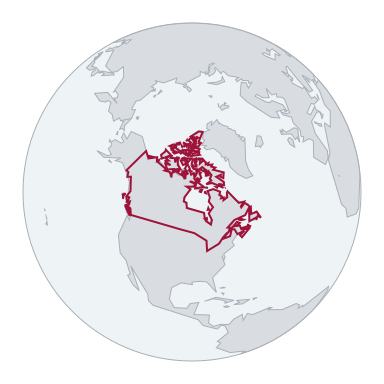 globe centered on Canada
{"feature_id": "CAN", "entity_name": "Canada", "entity_type": "country or territory", "adm_level": 0, "iso_a3": "CAN", "parent_name": "North America", "parent_adm1": "", "projection": "orthographic", "projection_center": [-89.555, 62.395], "detail": "fine", "context": "on_globe", "style": "outline", "palette": "rose", "viewbox_px": 384, "rotation_deg": 0, "n_neighbors": 0, "source": "natural_earth", "source_scale": "50m", "svg_char_len": 16025}
<svg xmlns="http://www.w3.org/2000/svg" viewBox="0 0 384 384"><circle cx="192" cy="192" r="169" fill="#eef3f6" stroke="#a8b0b8"/><path d="M240.7,353.8L244.8,351.4L242.1,351.2L230.3,352.6L216.3,347.7L220.7,343.0L217.3,341.5L228.3,332.6L225.0,325.9L221.0,325.5L217.3,329.0L203.3,325.6L197.9,319.6L153.3,305.4L148.4,300.6L147.8,294.1L130.8,265.9L139.2,290.6L133.0,284.8L127.6,275.2L130.2,274.1L126.1,260.4L120.2,253.1L118.4,235.0L127.2,215.3L129.3,220.1L131.2,215.0L128.6,208.8L126.5,205.9L129.4,181.9L122.6,162.7L115.4,160.6L121.0,158.1L103.9,157.3L96.9,150.6L107.9,155.8L111.4,154.5L108.3,148.6L111.2,146.1L111.4,141.9L115.2,139.6L121.3,143.1L123.9,141.7L121.5,137.6L123.8,132.9L126.9,139.0L131.2,131.5L142.3,136.5L147.5,155.8L156.8,157.3L170.5,174.1L172.4,170.7L178.8,175.3L183.3,173.3L184.5,177.2L187.1,172.2L185.1,169.0L185.5,165.8L188.0,164.4L190.0,169.1L189.1,170.5L191.0,171.1L190.9,174.1L192.4,171.8L194.5,177.8L196.1,169.9L200.9,173.0L201.3,177.5L196.4,179.6L185.3,196.2L184.2,201.8L187.6,207.5L204.2,212.6L205.1,218.0L209.7,223.5L211.5,219.2L208.5,213.5L213.0,207.1L208.8,201.1L210.0,197.8L207.6,190.8L213.2,189.3L219.9,191.6L222.2,197.4L225.2,198.6L227.3,191.1L235.6,200.3L248.2,203.7L249.8,206.5L245.2,215.1L234.5,219.9L228.6,232.1L237.7,221.7L241.5,229.3L244.4,229.5L247.3,227.8L247.9,224.0L250.3,226.2L242.2,237.1L239.9,235.2L242.5,231.7L237.5,234.1L232.0,242.0L234.3,245.4L223.6,254.3L225.1,257.0L223.7,260.5L221.9,255.6L224.9,264.8L212.6,277.6L216.4,292.4L206.9,282.0L200.0,281.3L191.9,282.1L192.4,284.6L181.0,282.9L171.6,287.7L169.4,299.0L174.3,307.6L186.8,308.3L190.0,303.7L198.9,302.4L193.8,314.6L209.4,315.0L208.6,323.1L213.3,326.4L220.9,324.3L228.8,324.6L233.9,319.1L242.4,314.4L243.2,320.4L247.4,313.4L252.5,314.7L269.1,307.7L268.0,309.7L282.1,309.6L296.3,303.5L299.6,305.0L298.0,308.3L302.7,305.4L302.8,306.7L320.5,292.9L328.6,286.4L327.7,290.3L319.7,301.7L313.5,309.4L304.7,317.9L295.2,325.8L285.2,332.9L274.7,339.4L263.7,345.0L252.4,349.8L240.7,353.8ZM45.8,223.9L46.9,221.3L47.4,224.9L45.8,223.9ZM46.8,218.4L46.5,219.6L46.6,218.3L46.8,218.4ZM46.3,216.6L46.6,217.9L46.1,216.7L46.3,216.6ZM45.5,214.5L46.0,215.6L45.9,215.5L45.5,214.5ZM216.1,297.3L234.0,300.3L224.5,303.3L226.2,301.7L221.5,299.9L213.1,298.8L204.5,301.3L216.1,297.3ZM44.8,210.5L44.6,209.5L45.2,210.2L44.8,210.5ZM222.7,288.1L219.7,288.1L222.6,287.5L222.7,288.1ZM125.0,205.1L128.3,209.0L129.5,215.6L126.5,212.7L125.0,205.1ZM123.2,192.7L125.5,193.6L123.2,198.8L122.6,196.6L123.2,192.7ZM109.6,159.9L111.6,162.9L108.6,160.9L109.6,159.9ZM110.7,141.8L109.2,141.8L109.9,139.6L110.7,141.8ZM204.7,192.2L206.1,191.6L205.8,193.2L204.7,192.2ZM202.3,189.9L200.9,192.2L199.6,191.5L200.4,190.1L202.3,189.9ZM116.4,134.1L118.1,130.8L117.4,134.7L116.4,134.1ZM204.3,187.2L197.4,189.9L195.1,188.6L196.4,182.0L204.3,187.2ZM119.7,129.2L123.6,121.3L120.5,120.6L131.4,118.5L124.5,125.8L124.2,130.7L122.3,128.4L119.7,129.2ZM183.4,168.6L185.6,171.9L181.4,170.6L183.4,168.6ZM180.6,168.6L167.1,169.3L165.0,163.8L169.9,164.6L165.4,158.8L171.0,155.8L174.8,158.3L175.0,162.4L177.0,158.1L180.6,168.6ZM136.7,118.8L138.6,117.5L137.8,119.5L136.7,118.8ZM185.4,164.4L182.8,165.0L180.8,160.3L185.6,158.3L184.7,160.5L185.4,164.4ZM161.5,158.9L160.8,155.1L165.2,151.6L165.5,149.7L171.0,155.2L161.5,158.9ZM186.4,160.8L188.0,157.5L191.2,158.4L187.7,163.6L186.4,160.8ZM178.3,159.9L177.6,157.6L179.6,158.2L178.3,159.9ZM203.5,160.2L200.5,160.8L199.2,158.4L203.5,160.2ZM188.4,156.2L187.3,155.9L186.4,155.0L188.1,153.1L188.4,156.2ZM173.7,152.4L175.6,151.8L171.7,150.0L174.8,147.4L177.8,151.6L177.8,148.7L178.8,147.9L180.2,152.3L173.7,152.4ZM187.3,148.7L192.3,153.4L198.1,152.7L199.4,154.8L189.8,155.5L187.3,148.7ZM183.0,150.4L186.0,149.8L186.1,152.6L184.2,154.8L183.0,150.4ZM175.8,144.2L170.2,147.0L169.7,146.0L175.8,144.2ZM189.0,147.9L187.7,146.8L189.4,147.5L189.0,147.9ZM179.8,144.6L177.9,145.7L177.4,144.6L179.8,144.6ZM186.9,143.7L188.5,145.2L187.2,146.7L186.9,143.7ZM183.6,143.7L183.4,141.8L185.8,146.3L182.8,144.4L183.6,143.7ZM179.7,143.3L178.7,143.0L180.5,143.0L179.7,143.3ZM190.7,137.3L194.0,142.7L191.2,145.9L188.4,140.3L190.7,137.3ZM255.2,35.3L275.0,44.9L276.0,45.8L280.3,48.3L285.8,52.4L286.6,54.0L290.8,57.2L288.4,53.3L283.6,50.1L276.8,46.1L277.3,46.1L275.8,45.3L285.8,51.5L295.4,58.4L304.5,65.9L313.0,74.1L315.3,80.9L313.3,79.7L313.2,79.7L316.8,82.5L316.3,84.3L318.1,80.3L319.8,81.5L319.0,80.6L327.5,91.0L335.0,102.1L341.7,113.7L347.5,125.8L352.2,138.3L356.0,151.2L358.7,164.3L358.7,164.6L359.7,172.0L359.6,173.4L359.8,177.6L358.7,207.9L356.0,213.9L347.3,217.0L345.9,208.3L341.6,204.4L328.3,159.7L330.0,152.5L324.6,125.8L324.8,122.9L330.3,127.1L330.3,111.2L324.4,104.3L319.5,90.6L313.0,81.2L302.1,75.1L312.6,90.4L309.5,92.1L297.2,78.9L287.3,66.4L285.8,66.7L288.0,74.1L281.5,71.0L288.2,76.8L288.6,74.6L292.8,78.3L292.7,80.5L290.5,79.3L292.3,83.2L302.6,88.6L304.1,86.9L311.4,98.3L314.6,96.7L318.0,100.3L314.0,104.3L311.2,103.3L307.0,113.0L310.6,114.9L314.8,106.1L315.3,109.0L320.2,112.0L317.0,112.0L311.5,121.5L315.3,133.5L327.4,150.7L328.1,158.3L325.4,164.5L313.7,157.3L313.4,141.0L309.3,138.6L303.1,141.9L303.6,136.8L301.0,136.2L300.3,130.4L293.2,122.7L291.5,117.2L282.8,114.8L280.8,111.7L286.5,113.9L289.6,112.6L284.8,99.7L282.2,97.3L276.9,97.0L276.2,93.6L271.7,94.9L266.1,88.3L269.2,97.6L263.1,97.8L256.5,94.4L255.0,96.2L265.8,101.9L269.6,102.7L272.0,100.6L282.8,104.8L285.8,109.2L276.5,111.5L279.7,118.1L271.1,117.3L247.2,101.9L240.2,95.4L241.2,82.3L246.2,83.0L248.4,88.0L251.8,82.4L248.9,83.3L248.4,80.7L242.4,80.5L241.7,78.6L237.1,81.8L235.6,79.5L238.6,77.5L228.4,75.7L223.7,71.5L221.8,72.1L221.0,73.8L215.5,67.5L214.3,68.2L215.7,70.5L214.1,73.4L209.3,76.2L207.6,73.9L209.2,72.6L209.9,66.5L214.3,63.5L213.1,62.9L209.0,64.9L208.0,72.3L205.6,74.7L205.3,71.0L205.2,72.5L203.5,73.0L200.2,71.3L200.2,75.4L183.3,84.5L175.4,82.6L177.0,78.1L163.5,82.9L155.6,80.8L156.9,82.8L151.3,86.8L153.7,87.5L153.8,88.8L140.5,100.1L136.1,101.1L131.7,108.8L132.3,109.9L135.4,109.5L131.4,118.5L120.5,120.6L119.7,117.9L113.5,121.2L112.3,114.7L108.5,111.1L110.9,102.4L107.6,100.5L105.6,102.1L99.7,100.9L94.6,93.3L107.8,92.4L117.1,103.5L114.1,98.3L117.5,97.5L118.0,94.4L115.7,91.0L113.7,91.9L123.7,77.2L123.4,66.6L116.9,71.6L111.7,72.3L105.6,65.9L113.7,50.1L106.8,51.9L105.7,51.3L110.0,47.9L111.8,48.6L117.1,46.3L117.5,47.4L125.0,42.5L125.9,44.0L131.3,39.7L128.1,39.9L121.1,43.5L125.4,39.5L117.0,42.2L114.8,42.2L121.0,38.7L132.6,33.8L144.5,29.9L156.7,26.8L169.0,24.6L181.5,23.4L194.0,23.1L206.6,23.7L219.0,25.2L231.3,27.7L243.4,31.0L255.2,35.3ZM338.1,175.0L339.8,176.6L338.1,175.0ZM280.3,55.0L272.1,48.8L269.8,51.0L266.5,48.9L266.9,50.5L269.7,51.2L269.9,55.4L264.2,52.7L262.2,53.5L264.8,55.7L275.2,60.0L275.0,53.9L279.4,55.7L280.3,55.0ZM269.6,307.4L271.7,307.6L269.1,308.9L269.6,307.4ZM223.5,306.5L227.1,305.9L229.1,306.6L226.4,307.5L223.5,306.5ZM253.2,298.3L257.2,297.5L253.2,299.6L253.2,298.3ZM236.8,300.4L250.0,299.3L242.2,303.9L233.8,304.6L239.4,302.4L236.8,300.4ZM221.7,293.0L224.0,293.2L223.6,294.7L221.7,293.0ZM224.8,287.6L224.0,288.0L222.7,287.0L224.8,287.6ZM242.0,228.6L242.7,227.8L245.8,226.7L244.7,228.7L242.0,228.6ZM257.4,213.8L261.0,217.7L257.7,216.2L256.8,219.5L248.9,220.7L250.2,208.0L251.0,213.4L257.4,213.8ZM238.6,219.1L243.5,219.6L238.1,219.6L238.6,219.1ZM287.6,139.7L289.4,137.5L292.7,139.5L294.7,147.2L290.0,144.3L287.6,139.7ZM291.2,133.9L281.5,134.4L279.8,129.8L282.4,132.3L282.2,129.2L286.4,132.3L294.3,127.7L297.6,129.3L299.6,142.3L297.1,137.1L295.5,139.5L291.2,133.9ZM259.6,145.9L255.3,146.6L257.2,135.7L260.9,136.3L263.2,143.8L260.2,147.6L259.6,145.9ZM208.1,175.3L206.3,176.8L205.7,175.4L206.8,173.1L208.1,175.3ZM202.2,160.7L215.1,167.9L213.7,169.9L222.9,172.1L222.9,178.1L217.0,176.4L223.8,182.8L218.5,183.7L223.6,187.6L210.4,183.2L205.8,184.4L210.9,180.7L211.0,175.1L209.7,173.1L202.5,168.3L192.9,168.4L191.4,163.1L193.0,159.3L195.1,158.5L195.3,162.2L198.0,158.4L200.0,163.1L202.2,160.7ZM211.9,121.2L211.4,125.3L217.0,119.6L219.0,123.8L219.5,122.9L222.9,125.3L228.0,126.7L228.2,128.9L230.1,128.5L232.4,130.1L235.0,130.4L236.3,134.5L239.7,135.2L238.4,136.8L243.8,136.9L240.4,138.7L243.0,141.2L244.9,138.1L245.6,161.0L248.5,169.5L252.8,175.8L246.3,178.4L238.1,174.3L230.1,167.0L228.2,158.6L225.7,161.4L224.0,158.3L226.7,157.3L221.5,156.9L220.9,154.1L213.7,148.3L206.6,149.7L203.8,147.7L206.3,145.8L201.8,145.2L204.6,140.3L202.6,138.8L203.4,132.6L209.3,129.9L206.7,128.5L207.2,123.8L211.9,121.2ZM191.2,135.6L197.7,131.2L202.1,131.4L198.9,142.1L200.2,144.2L198.3,151.3L192.0,150.9L193.2,148.9L192.8,146.8L194.9,147.8L192.9,145.5L194.4,142.7L193.3,140.2L195.8,139.4L191.2,135.6ZM321.9,118.9L321.5,116.6L320.2,113.0L323.2,114.9L321.9,118.9ZM318.5,125.5L317.6,123.3L321.3,123.9L321.7,126.4L318.5,125.5ZM314.0,121.6L317.3,123.1L315.8,123.7L314.0,121.6ZM285.4,112.0L284.2,109.8L285.3,109.5L287.4,110.6L285.4,112.0ZM228.9,106.0L227.9,108.1L226.8,107.7L221.9,110.3L220.0,107.5L222.2,104.8L228.9,106.0ZM305.6,78.1L309.3,81.3L309.5,82.4L308.2,81.1L305.6,78.1ZM318.1,98.3L316.7,93.9L318.9,98.9L318.1,98.3ZM226.0,103.4L224.2,104.7L224.4,102.5L226.0,103.4ZM218.3,105.6L218.0,103.2L219.2,107.5L218.3,105.6ZM114.4,41.9L113.2,42.6L112.8,42.7L114.4,41.9ZM207.2,83.0L216.2,82.3L221.4,80.3L222.3,76.6L224.8,81.6L216.8,84.7L207.2,83.0ZM186.5,84.5L185.7,87.9L183.5,86.9L183.4,86.0L186.5,84.5ZM187.8,86.3L191.6,89.7L189.5,91.9L186.9,88.8L187.8,86.3ZM209.2,95.9L211.9,95.9L211.7,97.6L209.2,95.9ZM95.8,56.9L97.5,56.7L94.5,59.2L94.2,58.6L95.8,56.9ZM86.5,67.9L94.3,59.8L100.8,53.9L98.2,55.4L98.5,53.7L103.2,51.7L99.6,56.2L94.4,60.7L94.9,62.2L91.8,66.4L94.5,67.1L93.6,69.4L89.6,70.2L86.5,67.9ZM95.9,67.3L99.4,70.9L93.2,75.7L91.1,76.0L92.1,72.2L95.2,69.9L95.9,67.3ZM98.4,73.2L101.5,71.1L113.3,73.2L114.2,74.9L102.0,75.5L104.3,73.5L102.5,72.3L98.4,73.2ZM137.3,116.5L138.4,117.4L136.5,117.7L137.3,116.5ZM155.3,89.1L155.2,90.9L152.9,91.1L155.3,89.1ZM153.7,96.2L156.3,94.7L154.2,97.2L153.7,96.2ZM162.0,91.3L157.6,94.6L160.8,90.1L162.0,91.3Z" fill="#d9dde1" stroke="#a8b0b8" stroke-width="1"/><path d="M130.5,191.1L130.9,176.7L127.3,176.8L128.4,172.1L126.5,170.2L146.1,151.0L148.0,157.1L148.4,155.7L155.1,157.4L151.1,157.5L149.7,157.9L149.7,158.3L157.1,157.2L156.9,161.3L159.1,160.0L158.0,162.1L166.3,169.4L164.5,170.5L169.8,172.0L171.4,177.4L171.9,173.1L174.8,171.6L172.1,170.8L174.6,170.6L183.2,176.1L182.2,173.7L183.5,173.5L185.0,174.4L185.3,178.1L184.1,177.9L184.7,179.2L184.5,178.2L185.3,178.3L185.5,177.4L185.5,175.1L187.8,173.6L185.0,168.6L187.4,163.7L190.0,169.1L188.6,170.5L191.1,171.2L190.2,171.7L191.2,174.7L193.6,173.1L194.5,177.9L197.0,173.0L196.1,170.0L200.8,172.8L199.6,173.8L201.3,177.7L199.3,179.9L197.8,178.3L197.4,178.2L197.1,178.5L198.8,180.5L195.3,179.8L196.3,180.9L194.6,183.3L191.8,181.6L189.7,181.5L195.1,183.7L193.9,186.7L186.7,186.7L190.5,189.3L184.4,197.3L183.8,201.5L186.5,202.7L186.8,208.0L204.1,212.9L204.8,218.8L205.9,221.0L210.9,224.6L211.9,220.0L208.7,213.4L213.0,207.2L208.8,201.6L209.9,197.3L207.6,191.0L213.3,189.1L220.1,191.7L219.3,195.0L221.8,196.4L221.1,198.3L223.7,197.5L223.5,200.2L227.3,197.2L226.8,193.1L227.5,191.3L238.8,202.9L244.1,201.6L240.8,206.4L241.3,207.4L244.6,202.8L249.7,206.3L245.2,215.1L234.4,220.0L227.6,227.6L230.2,227.8L228.3,232.3L226.6,233.4L223.1,237.3L219.0,243.7L207.1,251.0L206.5,240.7L194.3,233.1L181.3,229.6L130.8,214.9L130.4,208.4L126.5,204.9L128.8,204.5L127.9,202.2L129.3,203.6L129.9,201.4L127.9,202.1L126.9,202.9L129.3,197.4L126.7,196.0L130.5,191.1ZM194.8,166.6L196.5,166.5L196.5,164.7L195.3,163.8L196.6,161.3L195.5,160.5L198.6,158.5L200.1,161.0L199.9,163.6L203.0,160.6L205.7,162.1L205.7,164.5L208.5,162.9L208.1,165.1L212.2,164.5L211.2,166.6L215.3,167.6L213.1,169.7L223.7,172.4L223.3,178.1L220.4,176.7L220.8,174.8L216.2,176.8L223.8,181.9L224.1,185.1L218.4,183.9L223.4,187.8L212.3,183.0L206.3,184.2L211.3,180.5L209.8,178.8L211.5,175.1L208.6,171.4L205.8,172.1L206.4,170.4L202.2,167.0L199.9,168.9L200.8,169.8L193.6,168.9L192.1,166.5L194.3,166.6L191.6,164.0L192.7,159.7L195.7,158.5L194.5,161.5L195.1,164.0L196.3,165.5L194.8,166.6ZM199.0,131.4L202.7,132.0L198.7,141.6L200.3,142.6L198.1,143.0L200.6,143.5L196.8,148.3L199.7,149.1L198.1,151.3L192.0,150.8L193.8,148.8L193.0,147.2L195.3,148.2L195.8,148.0L196.3,146.3L193.2,146.0L193.6,144.3L195.6,144.2L196.4,143.5L193.5,140.1L196.8,141.7L195.2,139.8L197.9,137.9L197.0,137.8L197.5,136.4L194.1,139.4L193.4,139.1L194.8,137.5L192.9,139.0L192.1,138.3L193.4,138.0L194.1,137.2L191.1,136.3L199.0,131.4ZM170.7,157.9L174.7,158.2L175.3,162.5L176.3,158.2L177.8,158.5L177.8,164.9L180.5,169.2L177.9,169.1L179.3,170.8L177.9,171.6L174.5,169.0L167.3,169.5L165.3,163.7L170.6,165.0L165.7,162.0L165.4,160.8L168.7,160.6L166.0,158.4L169.6,156.0L171.7,156.1L170.7,157.9ZM237.4,234.1L234.6,229.4L231.7,229.2L230.1,236.2L222.6,239.0L236.9,221.9L239.8,222.9L235.9,226.1L239.8,225.5L241.4,229.3L248.8,228.9L242.0,237.2L240.0,235.1L244.4,230.7L237.4,234.1ZM165.8,149.6L171.1,155.2L162.0,158.5L161.1,154.9L165.4,151.4L165.8,149.6ZM190.9,137.7L192.9,139.8L194.5,142.8L190.9,146.0L189.4,143.7L191.1,142.7L188.4,140.3L190.9,137.7ZM188.8,149.5L192.5,153.8L197.3,152.4L199.8,154.8L190.5,156.1L189.5,151.2L187.1,149.8L188.8,149.5ZM175.1,147.4L180.5,151.7L174.3,153.6L173.2,152.4L176.2,151.8L171.8,149.9L175.1,147.4ZM250.9,207.8L251.2,214.0L256.6,211.6L260.9,217.6L257.6,215.9L256.2,220.0L256.9,217.0L249.4,221.3L249.1,210.6L250.9,207.8ZM182.0,158.6L184.1,158.2L185.8,158.3L184.4,160.5L185.9,161.4L185.5,163.9L183.0,165.0L180.6,160.4L182.9,160.4L182.0,158.6ZM196.5,181.7L198.2,182.7L204.0,187.0L195.1,188.4L196.5,181.7ZM187.0,158.7L191.3,158.4L186.9,163.5L187.0,158.7ZM175.8,145.0L173.4,147.4L169.7,146.0L173.7,144.3L175.8,145.0ZM186.4,150.6L185.6,154.6L182.4,152.4L183.8,152.1L183.6,150.2L186.4,150.6ZM183.2,142.3L186.0,144.0L186.2,146.1L183.2,142.3ZM124.9,205.3L128.7,209.2L129.8,216.0L124.9,205.3ZM199.2,158.5L202.3,158.5L203.6,160.0L199.2,158.5ZM181.5,171.7L185.0,171.2L185.9,172.8L181.5,171.7ZM189.0,155.0L188.1,156.0L186.6,154.7L188.1,153.2L189.0,155.0ZM187.5,144.1L188.7,146.2L187.0,144.1L187.5,144.1ZM205.9,173.4L208.1,175.3L205.8,175.6L205.9,173.4ZM178.4,144.1L180.0,144.5L177.6,144.4L178.4,144.1ZM179.6,157.8L178.1,158.2L177.7,157.5L179.6,157.8ZM248.0,224.0L248.8,227.5L249.0,225.6L250.2,226.1L249.1,227.8L247.6,228.2L248.0,224.0ZM180.0,142.5L180.5,143.7L178.2,143.0L180.0,142.5ZM243.5,219.6L241.3,220.2L238.1,219.5L241.1,218.8L243.5,219.6ZM202.1,189.8L201.0,192.1L199.7,191.6L200.3,190.1L202.1,189.8ZM122.9,194.4L125.6,193.6L123.8,195.3L122.9,194.4ZM187.8,147.4L189.5,147.1L189.7,147.5L187.8,147.4ZM182.9,150.4L182.1,151.9L181.6,150.7L182.9,150.4ZM241.3,228.0L242.7,227.8L245.8,226.8L244.9,228.6L241.3,228.0ZM205.0,191.2L205.8,193.2L204.9,192.8L205.0,191.2ZM173.0,147.8L171.4,148.9L171.1,148.4L173.0,147.8ZM191.6,147.7L191.1,148.4L191.0,147.8L191.6,147.7ZM182.2,146.4L181.9,147.6L181.8,146.0L182.2,146.4ZM122.9,195.1L123.2,196.3L123.1,198.8L122.9,195.1ZM206.8,218.0L207.0,219.2L205.3,218.7L206.8,218.0ZM186.9,140.1L187.1,141.3L186.6,140.5L186.9,140.1ZM181.5,153.4L180.7,153.6L180.5,153.3L181.5,153.4ZM181.8,149.4L182.4,149.5L182.8,150.1L181.8,149.4ZM127.1,198.9L127.4,200.7L126.8,201.1L127.1,198.9ZM209.6,173.4L208.6,174.1L208.2,173.6L209.6,173.4ZM208.3,208.0L209.1,209.8L207.7,209.9L208.3,208.0ZM177.4,143.5L176.8,144.2L176.9,143.6L177.4,143.5ZM185.5,157.4L184.3,158.0L184.0,157.7L185.5,157.4ZM206.8,187.5L207.8,188.0L206.4,187.7L206.8,187.5ZM203.3,171.9L203.3,170.6L203.7,170.6L203.3,171.9ZM195.4,174.9L194.9,175.1L195.1,174.5L195.4,174.9ZM184.9,146.7L184.0,146.5L184.1,146.1L184.9,146.7ZM201.3,169.6L201.8,170.3L200.9,169.9L201.3,169.6ZM191.7,149.9L191.6,150.8L191.3,150.1L191.7,149.9ZM198.1,180.9L199.7,181.9L198.6,181.8L198.1,180.9ZM176.2,146.7L176.1,147.2L175.5,146.7L176.2,146.7ZM225.6,187.6L224.9,188.2L225.6,187.6ZM205.3,170.2L204.7,170.8L204.6,170.2L205.3,170.2ZM197.8,181.6L197.4,181.9L197.3,181.2L197.8,181.6ZM187.0,153.0L186.6,153.8L186.5,153.5L187.0,153.0ZM217.3,187.2L217.0,187.7L216.2,187.1L217.3,187.2ZM207.5,171.8L207.3,172.4L207.1,172.1L207.5,171.8ZM199.5,151.3L199.3,152.2L199.1,152.1L199.5,151.3ZM126.8,197.1L126.4,197.7L126.2,196.2L126.8,197.1Z" fill="none" stroke="#9f1239" stroke-width="2"/></svg>